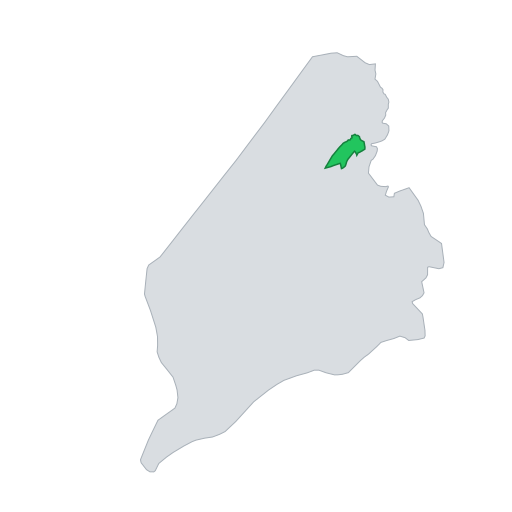 Al Qutayfah, Rif Dimashq, Syria (highlighted), rotated 160°
{"feature_id": "27442178B63021739925615", "entity_name": "Al Qutayfah", "entity_type": "district", "adm_level": 2, "iso_a3": "SYR", "parent_name": "Syria", "parent_adm1": "Rif Dimashq", "projection": "natural_earth1", "projection_center": [36.695, 33.816], "detail": "fine", "context": "in_parent", "style": "filled", "palette": "green", "viewbox_px": 512, "rotation_deg": 160, "n_neighbors": 0, "source": "geoboundaries", "source_scale": "gbopen_adm2", "svg_char_len": 3596}
<svg xmlns="http://www.w3.org/2000/svg" viewBox="0 0 512 512"><g transform="rotate(160 256 256)"><path d="M84.4,181.1L88.5,181.5L97.1,186.8L98.6,186.7L101.2,179.7L103.8,177.3L109.1,175.2L110.7,163.9L113.2,161.8L116.2,160.6L120.8,160.4L124.9,159.7L125.1,157.7L119.5,144.7L120.0,141.4L122.7,128.2L124.4,123.1L126.1,121.4L132.5,122.1L141.4,124.4L143.8,128.2L148.2,131.5L154.7,131.3L162.3,131.9L168.2,132.1L173.0,129.8L183.6,125.4L188.9,123.9L193.7,122.0L209.1,114.8L215.3,115.3L219.5,116.3L222.8,117.4L230.1,122.3L236.1,127.3L240.3,128.8L247.9,128.7L258.9,129.6L272.3,129.6L280.2,128.2L290.2,125.7L308.0,119.8L331.4,107.5L345.1,101.6L351.1,100.9L358.8,100.8L366.6,102.4L375.4,103.5L379.5,103.4L389.0,102.1L401.3,99.7L409.0,97.6L418.3,94.3L424.1,88.7L425.9,88.1L428.4,89.1L429.5,89.5L432.0,92.7L434.6,100.8L434.6,101.7L434.2,104.1L428.2,110.8L420.1,119.8L414.2,125.6L404.3,135.2L396.8,137.3L384.2,140.8L380.9,144.2L377.8,149.6L376.0,157.1L375.6,161.8L375.4,170.5L378.4,179.6L381.4,188.3L381.9,194.0L381.7,199.7L379.0,205.7L376.1,214.0L374.5,223.4L373.8,241.0L374.0,256.0L373.8,258.4L368.7,269.0L362.7,281.3L359.9,284.2L346.5,287.9L332.0,296.9L315.7,307.1L300.9,316.3L285.3,325.9L269.2,335.9L257.6,343.1L242.1,352.6L228.0,361.8L213.7,371.1L202.8,378.1L186.3,389.3L176.6,395.8L162.3,405.4L149.7,413.9L134.8,423.9L116.1,420.9L110.2,419.2L105.4,414.4L101.9,411.9L93.0,409.2L87.4,400.3L84.0,397.1L78.1,395.7L80.6,389.9L81.1,386.1L83.7,381.5L82.1,378.5L81.3,372.1L80.2,370.5L79.8,368.8L80.7,366.7L80.3,364.6L79.3,363.7L78.9,360.5L78.1,358.1L78.5,355.2L79.8,353.3L81.1,349.7L82.7,348.6L85.2,346.4L85.9,344.0L88.1,341.7L91.1,339.8L91.8,338.3L91.4,337.4L88.4,335.7L86.8,332.7L88.2,328.3L89.2,327.0L91.0,324.9L95.0,321.7L98.2,321.1L100.9,321.1L105.5,321.4L109.0,322.0L109.9,321.1L109.8,320.1L105.4,317.4L105.2,315.3L106.3,313.1L109.4,309.5L113.1,306.9L115.0,306.5L119.3,301.2L122.0,295.4L117.6,281.1L114.9,278.8L110.6,276.9L108.1,276.6L107.9,275.7L111.3,272.1L113.7,268.9L111.0,265.9L106.2,264.5L104.5,267.6L98.3,267.9L88.8,267.8L84.6,252.8L84.0,246.3L84.1,238.8L87.0,227.8L85.7,222.7L85.6,219.2L84.8,214.5L77.4,204.3L81.5,185.6L84.4,181.1Z" fill="#d9dde1" stroke="#a8b0b8" stroke-width="1"/><path d="M160.9,314.9L155.2,314.4L154.6,314.4L152.3,314.5L145.2,314.3L145.2,313.0L145.8,308.9L144.6,308.9L142.3,309.6L141.2,310.1L140.0,311.6L138.5,313.7L136.6,315.4L134.1,316.9L131.2,318.7L128.6,320.2L127.6,320.8L127.2,320.2L126.7,317.2L126.8,316.2L126.0,316.9L124.6,318.1L123.3,318.0L121.8,318.3L120.2,318.5L119.8,318.6L119.4,318.7L119.3,318.8L118.4,318.9L117.6,319.1L117.2,319.2L117.2,319.3L116.9,319.8L116.6,320.7L116.5,320.8L116.2,322.1L116.2,322.6L116.1,323.1L116.0,323.3L116.0,323.5L115.9,324.0L115.8,324.4L115.7,325.1L115.6,325.9L115.5,326.5L116.0,327.0L116.9,328.0L117.3,328.4L117.8,329.1L118.1,330.1L118.1,330.9L118.2,331.6L118.0,332.6L118.2,333.0L118.9,334.3L119.6,334.7L119.9,334.7L120.3,334.8L120.6,335.0L120.8,335.5L121.0,335.8L121.2,336.3L121.4,336.4L121.6,336.5L122.2,336.4L122.3,336.4L122.5,336.3L122.8,336.2L123.3,336.1L123.7,336.1L123.8,336.2L124.3,336.3L124.7,336.4L124.9,336.2L125.1,335.9L125.1,335.3L125.2,334.7L125.3,334.4L125.4,334.2L126.4,334.1L126.6,334.0L127.5,333.2L127.8,332.9L128.7,333.1L129.2,333.2L129.6,333.5L129.9,333.3L130.2,333.1L131.3,332.6L132.2,332.5L132.7,332.5L133.3,332.5L133.5,332.5L133.9,332.4L134.5,332.3L135.2,332.2L135.8,332.0L136.7,331.4L140.1,329.8L142.6,328.4L143.3,327.9L145.7,326.5L146.4,326.1L147.3,325.5L147.7,325.3L149.5,324.3L149.7,324.2L149.9,324.1L153.8,320.9L158.0,317.4L159.4,316.4L160.9,314.9Z" fill="#22c55e" stroke="#15803d" stroke-width="1.5"/></g></svg>